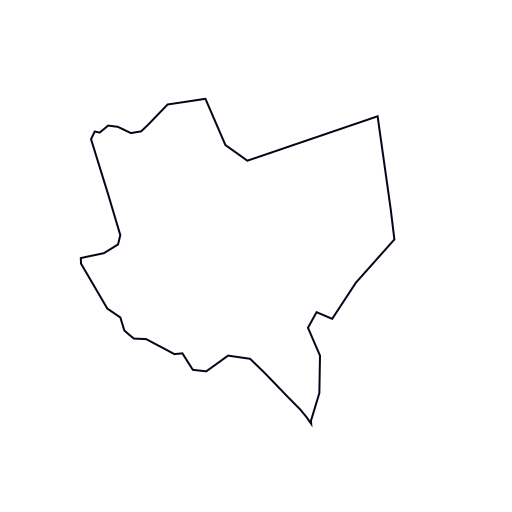 Bourem, Gao, Mali, rotated 68°
{"feature_id": "8926073B86504284097699", "entity_name": "Bourem", "entity_type": "district", "adm_level": 2, "iso_a3": "MLI", "parent_name": "Mali", "parent_adm1": "Gao", "projection": "albers", "projection_center": [-0.233, 17.792], "detail": "fine", "context": "isolated", "style": "outline", "palette": "ink", "viewbox_px": 512, "rotation_deg": 68, "n_neighbors": 0, "source": "geoboundaries", "source_scale": "gbopen_adm2", "svg_char_len": 754}
<svg xmlns="http://www.w3.org/2000/svg" viewBox="0 0 512 512"><g transform="rotate(68 256 256)"><path d="M432.3,267.7L429.4,266.8L406.8,248.6L372.4,234.0L342.0,234.7L330.8,220.9L342.8,208.9L318.1,173.3L292.5,121.5L263.2,113.6L172.0,90.9L164.4,228.3L141.7,242.8L91.3,244.0L82.4,281.2L94.1,307.4L97.4,315.8L95.2,325.9L84.5,335.7L79.7,344.2L83.0,354.7L80.2,358.9L85.9,365.2L144.6,370.1L166.6,372.2L185.8,374.0L193.6,379.6L196.4,396.1L193.4,412.7L192.3,419.2L197.5,421.1L248.1,413.7L248.8,413.7L262.2,404.8L275.7,406.0L281.1,403.3L286.8,400.2L291.9,389.0L316.4,368.4L318.7,360.7L337.9,357.2L344.3,345.3L337.9,319.2L349.1,300.0L367.1,292.0L387.4,283.8L398.4,279.4L414.6,272.6L424.0,269.6L432.3,267.7Z" fill="none" stroke="#020617" stroke-width="2"/></g></svg>